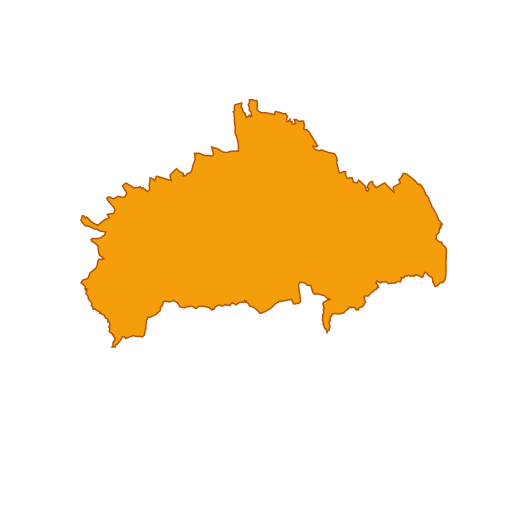 the district of Ovejas, Sucre, Colombia, rotated 134°
{"feature_id": "7082276B76166761689689", "entity_name": "Ovejas", "entity_type": "district", "adm_level": 2, "iso_a3": "COL", "parent_name": "Colombia", "parent_adm1": "Sucre", "projection": "natural_earth1", "projection_center": [-75.171, 9.561], "detail": "fine", "context": "isolated", "style": "filled", "palette": "amber", "viewbox_px": 512, "rotation_deg": 134, "n_neighbors": 0, "source": "geoboundaries", "source_scale": "gbopen_adm2", "svg_char_len": 6152}
<svg xmlns="http://www.w3.org/2000/svg" viewBox="0 0 512 512"><g transform="rotate(134 256 256)"><path d="M421.5,296.3L419.0,294.0L417.6,295.2L416.0,294.6L410.7,294.9L408.0,295.9L406.2,295.4L405.5,294.0L406.0,292.6L398.4,288.9L397.1,286.4L394.1,283.3L393.6,282.0L392.6,281.4L390.1,281.5L386.5,284.1L384.1,285.1L382.6,287.1L380.2,288.3L379.5,289.6L375.3,291.1L372.9,289.3L367.5,287.3L362.3,287.1L360.8,287.5L359.4,289.0L356.9,288.9L353.3,290.9L351.8,290.2L349.5,286.6L345.2,284.1L344.2,280.3L345.4,275.5L343.5,272.2L342.5,271.1L340.1,270.4L338.9,268.6L337.6,268.5L336.6,267.5L335.6,262.9L334.6,262.3L332.2,262.6L328.7,258.8L325.9,254.4L325.4,251.6L325.8,250.4L324.7,250.3L323.5,249.2L320.6,250.0L316.9,248.6L315.7,245.6L313.0,244.3L312.0,244.5L311.3,242.2L310.1,241.4L309.9,240.3L306.2,240.9L306.4,240.2L305.6,239.2L305.1,236.4L301.3,235.8L298.7,234.0L298.1,232.7L296.4,232.4L295.8,233.1L295.4,232.1L296.4,231.2L295.6,230.2L295.6,228.0L296.4,225.6L295.4,224.1L294.3,220.4L294.1,215.5L294.7,213.6L294.3,213.0L289.7,210.8L282.9,208.9L276.4,208.9L273.6,207.7L272.5,208.1L270.4,205.7L263.1,200.9L262.9,199.0L264.0,196.7L264.2,195.3L260.1,192.4L258.3,192.2L257.2,192.8L247.2,205.5L244.2,206.3L243.4,204.5L242.5,204.1L241.4,201.4L241.4,198.8L239.5,196.4L239.4,195.5L242.8,189.7L242.8,187.6L240.1,184.9L237.5,180.1L236.9,178.8L236.9,174.9L236.0,174.2L235.5,172.8L237.1,173.0L238.0,174.0L239.7,174.1L241.8,175.3L243.9,174.7L246.5,170.2L248.1,170.2L249.2,168.2L251.9,167.2L254.2,164.8L255.0,164.7L256.5,162.7L256.8,161.3L258.5,160.5L259.4,157.7L260.2,157.0L260.0,154.7L261.6,151.8L260.2,152.4L258.2,152.0L257.2,153.0L255.2,153.8L253.1,157.6L252.3,157.9L250.8,157.4L249.3,159.5L247.8,160.2L246.7,159.8L245.1,161.0L243.9,159.9L243.0,159.8L239.6,155.5L237.4,154.8L236.8,153.6L235.7,153.2L234.2,153.7L231.2,153.0L230.0,153.3L229.5,152.8L227.7,153.4L227.1,152.4L226.8,153.1L227.1,151.4L225.1,150.1L224.6,149.1L224.8,146.9L225.2,146.6L224.1,145.8L224.1,145.0L223.4,144.9L222.2,145.9L219.5,144.9L219.0,144.3L215.5,144.5L215.0,145.1L213.3,144.9L212.1,147.6L211.1,148.0L210.8,149.6L210.0,150.2L208.1,149.0L207.1,147.5L201.9,147.5L199.5,147.0L198.4,147.3L196.0,146.2L194.2,146.9L193.5,145.9L192.8,146.8L191.8,151.1L189.9,151.5L189.0,147.7L187.0,147.4L185.9,145.9L184.8,145.4L184.0,144.1L184.1,141.8L178.2,136.8L176.7,136.8L175.3,135.8L174.4,134.2L171.5,135.2L170.6,136.5L169.2,134.6L166.9,134.9L165.5,133.3L164.2,133.1L162.9,130.5L161.7,130.2L161.7,129.6L160.8,129.2L160.8,128.2L158.6,128.3L158.8,127.5L157.6,126.7L156.0,121.6L154.6,121.6L151.0,123.2L150.1,123.0L149.8,122.0L150.2,118.5L149.2,114.1L152.0,110.5L152.1,109.0L153.6,106.5L153.2,105.7L151.4,104.9L147.2,104.9L145.1,103.2L143.9,103.1L140.7,104.0L134.1,109.5L128.7,114.9L119.4,123.1L118.1,125.8L118.2,129.8L117.0,131.8L118.5,133.8L118.8,137.9L115.6,140.9L112.3,140.6L108.7,143.1L107.7,142.5L107.5,143.6L106.2,143.3L105.6,144.5L105.4,143.7L104.9,144.2L103.7,144.1L103.1,150.0L101.2,153.8L98.5,162.2L98.5,163.6L97.2,165.6L95.9,169.6L94.5,171.8L93.8,174.2L94.0,176.8L92.5,178.3L92.8,179.3L91.7,181.0L90.9,183.7L90.5,186.6L91.1,187.1L90.5,188.2L92.0,189.1L91.3,194.0L92.4,204.6L94.3,207.4L98.8,206.0L101.9,206.3L102.8,203.7L103.7,202.9L110.6,205.0L111.4,204.8L114.4,201.2L114.1,214.3L123.3,217.0L123.0,222.0L121.5,224.0L124.2,225.4L129.3,224.1L129.5,221.5L130.3,220.9L131.6,220.8L132.3,221.7L129.9,226.5L130.0,234.7L133.2,234.1L135.2,237.1L132.9,241.5L136.8,244.1L135.2,248.4L133.1,249.8L134.2,251.7L136.6,252.4L138.3,253.9L132.6,263.1L130.9,263.9L129.1,266.3L127.8,270.7L131.2,275.6L134.1,282.6L135.8,283.3L136.9,284.6L138.2,287.3L138.2,288.9L137.8,290.8L137.1,291.5L135.8,288.6L133.9,288.1L130.0,303.8L129.9,307.3L131.1,308.6L131.6,310.0L128.6,311.8L126.0,315.5L127.3,317.1L128.2,317.3L129.5,319.2L129.7,321.4L131.3,323.2L133.4,319.3L136.1,321.5L135.3,323.1L134.7,322.9L134.4,323.4L135.1,324.1L135.3,325.0L134.0,326.6L137.0,326.2L137.7,327.6L136.2,329.2L133.7,330.3L133.0,333.7L134.5,334.9L136.2,338.6L138.6,342.5L141.5,341.0L146.3,348.8L149.2,351.6L150.2,355.2L149.8,356.7L148.7,358.2L145.4,360.7L143.6,363.5L145.1,365.0L146.1,367.2L148.2,369.4L150.0,367.3L152.3,366.8L154.4,363.1L155.6,362.5L156.1,359.1L157.7,357.7L158.3,356.1L159.3,356.4L159.4,358.6L161.4,358.4L162.8,359.5L161.1,362.8L161.0,365.8L159.4,368.1L159.3,370.1L155.9,372.6L161.7,376.1L163.0,375.9L166.4,372.3L168.2,372.6L168.5,370.8L174.7,364.4L177.4,360.7L181.7,356.9L185.0,350.4L188.6,345.5L192.7,341.5L197.9,346.7L201.6,348.7L204.0,351.6L205.8,358.8L207.6,361.5L208.2,363.7L212.6,356.9L214.9,357.1L216.5,360.0L218.1,361.2L219.9,363.8L221.8,368.5L224.8,371.5L228.6,367.0L235.1,364.1L239.4,361.5L241.5,361.2L244.2,362.6L247.0,362.5L249.1,363.9L247.1,365.5L248.4,369.7L248.4,373.9L257.0,374.2L258.8,372.7L260.6,369.4L267.7,383.0L272.2,381.3L272.2,384.3L273.4,386.6L275.2,384.6L279.2,382.1L282.4,378.4L285.0,378.8L285.5,384.8L287.0,385.2L286.5,387.5L288.7,388.5L291.6,390.9L293.4,398.7L293.8,400.0L294.7,400.5L298.1,400.8L300.6,392.5L304.6,391.3L306.5,392.9L309.1,396.8L313.8,398.1L315.6,403.0L318.1,403.5L318.9,401.4L319.9,391.5L321.2,389.5L322.9,388.2L324.6,388.0L327.4,390.6L329.6,391.8L330.3,388.1L335.5,390.2L343.9,391.2L345.4,396.0L346.0,400.3L345.6,400.4L345.6,405.0L347.2,405.1L346.9,408.0L347.5,408.9L352.1,406.6L352.9,400.1L350.1,395.7L348.7,390.7L347.3,389.7L346.5,385.7L343.1,380.9L345.9,379.5L351.1,380.4L355.0,383.4L356.9,385.7L358.8,386.1L359.5,384.0L358.5,380.7L358.7,376.0L361.1,373.8L363.8,370.0L364.2,368.6L363.7,366.4L363.7,363.6L366.5,365.6L367.3,366.6L369.3,366.3L373.0,363.8L375.9,362.7L383.5,363.7L387.9,361.7L389.5,361.6L393.8,363.9L396.9,363.2L396.3,358.9L397.6,356.3L398.7,356.1L397.7,355.2L398.3,355.3L399.0,354.6L399.0,353.9L398.4,353.8L398.9,353.3L401.2,352.3L401.7,348.7L403.2,346.9L404.0,341.1L406.0,340.2L406.1,338.3L407.4,336.4L407.2,335.7L406.0,334.9L405.5,331.2L404.6,329.8L404.8,329.2L405.7,328.8L404.7,328.0L405.0,326.5L404.0,324.4L405.2,321.0L404.2,318.8L406.4,316.8L405.5,315.8L406.4,313.9L407.5,312.9L409.2,312.8L409.4,310.8L412.3,309.1L411.9,304.8L412.3,304.2L411.9,303.3L412.7,302.8L412.8,300.7L413.5,299.6L417.9,298.6L419.0,297.2L421.5,296.3Z" fill="#f59e0b" stroke="#b45309" stroke-width="1.5"/></g></svg>